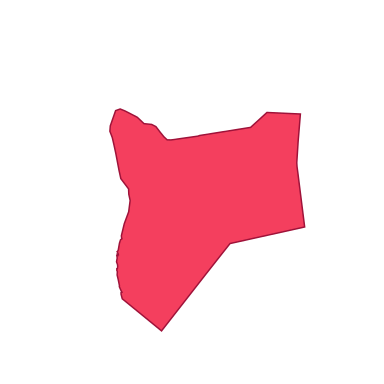 outline of Aoujeft, Adrar, Mauritania, rotated 308°
{"feature_id": "47542326B38912627875653", "entity_name": "Aoujeft", "entity_type": "district", "adm_level": 2, "iso_a3": "MRT", "parent_name": "Mauritania", "parent_adm1": "Adrar", "projection": "albers", "projection_center": [-13.419, 19.526], "detail": "fine", "context": "isolated", "style": "filled", "palette": "rose", "viewbox_px": 384, "rotation_deg": 308, "n_neighbors": 0, "source": "geoboundaries", "source_scale": "gbopen_adm2", "svg_char_len": 1057}
<svg xmlns="http://www.w3.org/2000/svg" viewBox="0 0 384 384"><g transform="rotate(308 192 192)"><path d="M63.8,253.5L136.5,253.5L160.9,253.6L174.8,253.7L233.8,302.3L269.3,266.6L271.4,264.5L276.6,259.2L279.5,256.6L296.9,244.7L320.2,229.4L300.8,202.1L279.0,198.4L241.2,163.2L239.7,162.3L220.1,143.4L217.8,140.3L218.2,135.9L219.5,130.2L221.3,123.3L220.4,118.6L216.3,112.1L217.2,102.9L215.5,93.8L214.6,89.2L213.2,84.3L209.1,81.7L193.8,86.9L189.3,89.9L185.8,95.7L181.0,101.6L175.5,108.2L164.1,121.2L163.1,122.4L158.7,127.7L155.4,140.1L151.3,143.6L147.2,148.5L137.4,154.3L125.5,158.1L123.9,158.8L114.0,163.3L112.5,164.8L112.0,165.6L110.4,165.1L107.1,166.3L100.9,169.6L99.7,169.9L98.9,169.7L97.9,171.8L97.3,172.5L97.0,172.0L96.8,171.4L96.3,171.9L96.1,172.5L95.6,171.9L95.1,172.5L94.5,173.1L93.8,173.8L93.1,174.1L90.5,175.5L89.0,177.9L87.7,179.2L85.7,180.4L85.2,180.0L83.9,181.1L83.3,182.2L80.5,184.1L77.8,187.5L73.7,192.3L72.6,193.1L70.6,196.8L69.9,198.5L69.1,198.0L67.8,199.0L64.9,202.8L63.8,253.5Z" fill="#f43f5e" stroke="#9f1239" stroke-width="1.5"/></g></svg>